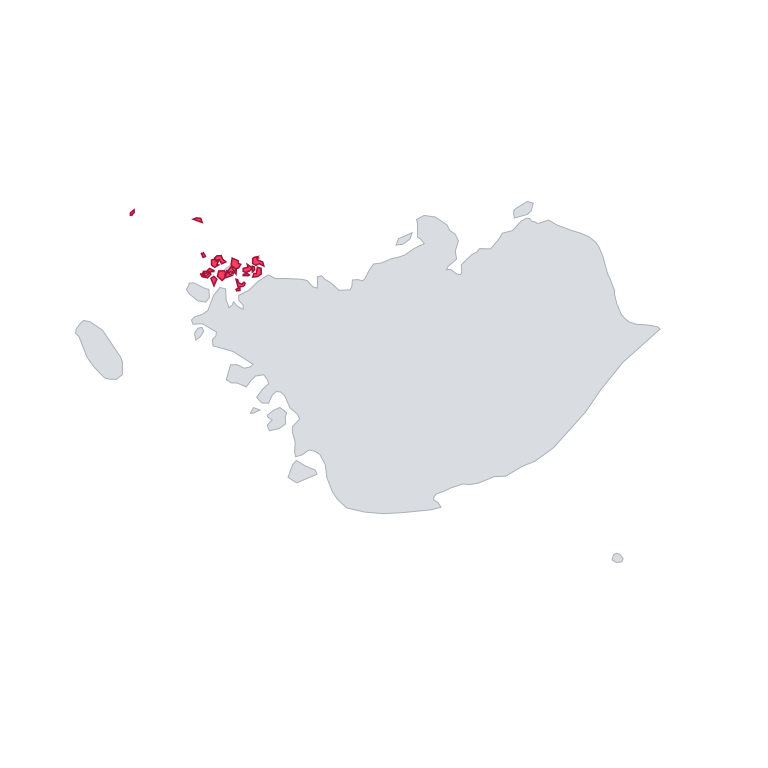 Sinan-gun, South Jeolla, South Korea shown in context, rotated 73°
{"feature_id": "91817680B46467557111645", "entity_name": "Sinan-gun", "entity_type": "district", "adm_level": 2, "iso_a3": "KOR", "parent_name": "South Korea", "parent_adm1": "South Jeolla", "projection": "orthographic", "projection_center": [125.994, 34.593], "detail": "medium", "context": "in_parent", "style": "filled", "palette": "rose", "viewbox_px": 768, "rotation_deg": 73, "n_neighbors": 0, "source": "geoboundaries", "source_scale": "gbopen_adm2", "svg_char_len": 5167}
<svg xmlns="http://www.w3.org/2000/svg" viewBox="0 0 768 768"><g transform="rotate(73 384 384)"><path d="M272.8,192.5L275.3,190.5L275.5,187.7L275.4,178.6L282.5,172.2L292.5,159.0L297.3,151.8L302.9,145.1L309.4,140.6L315.7,138.4L325.8,137.4L345.1,137.9L348.8,137.1L362.2,136.2L365.4,137.3L375.2,137.9L386.0,136.9L391.4,134.8L396.3,131.4L400.6,125.4L404.8,114.3L409.4,105.6L412.2,103.9L433.2,149.4L453.0,178.6L469.8,199.6L494.4,240.3L502.0,262.2L503.1,275.9L507.7,294.7L504.8,305.6L506.4,322.7L505.2,331.5L502.6,338.0L502.9,350.4L504.0,357.0L504.4,365.8L506.4,369.2L509.2,370.4L513.3,367.0L518.5,365.5L518.0,376.1L512.6,403.1L507.7,422.8L500.8,440.0L491.6,455.9L480.3,462.3L472.2,464.8L456.7,466.0L443.8,463.7L432.7,465.9L428.4,469.3L425.2,474.9L427.8,483.4L427.7,489.8L422.9,489.4L413.4,485.9L403.0,485.7L398.0,483.9L392.9,474.9L387.9,475.4L379.3,480.9L366.0,482.4L361.3,485.4L359.7,489.2L361.8,493.9L368.6,500.0L366.4,506.4L359.5,509.7L353.7,502.0L350.0,494.4L346.1,494.1L340.0,496.3L338.8,504.6L341.8,510.2L346.6,516.6L340.1,524.2L338.4,529.6L333.7,533.5L320.8,525.1L322.5,519.0L328.0,513.1L328.6,507.1L326.8,503.5L308.6,519.0L297.5,536.4L291.4,535.2L288.9,530.7L285.3,529.0L273.2,540.2L271.0,549.1L266.5,549.4L264.5,545.7L264.3,537.7L262.2,530.9L249.5,521.1L243.7,512.6L246.8,507.7L257.3,510.3L265.7,509.9L264.0,505.9L261.3,503.9L266.8,501.6L271.4,496.9L267.6,495.6L261.7,498.4L256.8,497.1L254.9,485.8L248.9,474.2L245.8,463.0L251.6,456.6L254.5,446.5L259.9,431.9L262.6,427.2L270.1,423.8L272.7,420.0L268.6,418.1L262.0,416.4L262.1,412.2L266.6,409.9L271.6,405.3L281.2,399.6L284.1,388.9L281.3,386.3L275.3,383.8L276.6,378.4L279.0,374.3L278.1,371.9L270.9,365.0L266.2,358.8L267.5,351.6L266.4,340.7L267.0,331.6L266.7,326.7L263.2,315.6L261.5,304.5L257.0,306.1L253.4,308.9L240.3,305.0L236.2,304.8L234.5,296.5L239.2,286.3L250.2,277.3L256.5,276.2L261.3,272.2L268.8,270.9L277.8,277.0L285.8,278.1L290.4,288.6L293.1,290.8L293.7,286.9L300.1,282.3L301.7,278.9L300.2,277.1L292.7,275.3L285.9,262.2L284.9,256.6L282.5,252.9L286.0,242.5L278.2,230.6L274.4,226.9L274.9,216.2L270.8,209.4L268.6,205.7L267.1,199.3L268.3,196.3L271.8,195.2L272.8,192.5ZM249.4,661.8L245.6,664.1L242.0,662.7L241.0,661.7L236.7,655.8L235.5,652.7L238.4,647.0L250.3,637.4L281.0,628.1L286.5,627.7L298.6,631.5L301.3,638.8L299.1,645.1L296.4,649.4L282.3,656.7L271.4,660.2L249.4,661.8ZM453.0,496.5L445.2,503.1L434.2,494.8L431.5,490.2L439.5,483.1L446.2,475.0L450.7,474.4L453.0,496.5ZM395.9,497.1L395.2,507.2L389.2,507.8L385.5,501.4L381.8,504.7L379.8,504.8L376.7,496.7L376.0,490.4L383.0,485.5L387.3,488.3L393.4,489.7L395.9,497.1ZM241.1,543.7L235.7,545.3L232.6,541.8L230.5,540.8L231.7,536.2L240.5,527.0L242.3,523.9L250.4,525.7L253.5,530.6L249.8,538.0L241.1,543.7ZM263.7,197.2L263.4,210.8L258.8,210.2L255.8,208.9L254.5,206.2L251.3,193.6L254.7,188.4L261.4,192.5L263.7,197.2ZM235.8,506.6L234.7,509.1L231.0,508.4L227.2,501.3L225.7,495.7L221.9,492.6L227.9,487.7L235.5,496.5L235.8,506.6ZM255.8,325.2L254.7,331.9L249.2,327.5L247.6,312.9L253.2,317.1L255.8,325.2ZM622.5,214.1L618.9,217.3L614.4,214.4L613.7,211.2L615.8,208.3L621.1,206.4L623.7,208.7L622.5,214.1ZM285.3,546.2L286.8,551.1L279.9,550.3L276.2,545.6L276.7,541.5L280.8,540.9L285.3,546.2ZM373.7,517.2L372.8,520.4L368.4,515.7L372.6,510.3L373.7,517.2Z" fill="#d9dde1" stroke="#a8b0b8" stroke-width="1"/><path d="M232.8,504.3L232.1,502.6L229.0,503.7L227.6,509.0L232.3,511.8L237.7,508.6L235.9,504.9L232.8,504.3ZM230.5,489.1L227.7,486.0L226.1,488.0L223.4,487.5L219.2,492.4L224.8,495.2L226.9,494.9L230.3,492.5L230.5,489.1ZM232.4,468.3L236.0,464.4L231.9,464.3L228.5,468.5L227.0,468.7L226.8,467.4L226.0,468.6L225.3,467.4L224.9,471.2L225.7,472.9L230.4,474.4L233.1,471.7L232.4,468.3ZM242.8,469.1L237.5,467.7L235.2,470.9L241.3,474.0L240.1,476.0L243.4,478.3L244.3,473.4L242.8,469.1ZM221.6,504.1L221.0,499.5L217.3,501.9L213.6,502.1L212.6,506.4L214.0,509.1L216.8,508.1L216.9,505.2L221.6,504.1ZM248.9,488.7L247.0,487.4L245.7,488.1L247.0,490.9L244.8,493.3L241.4,493.5L240.5,494.9L249.9,495.3L250.2,497.8L251.8,497.7L252.5,494.4L248.8,493.4L249.4,491.0L248.9,488.7ZM220.9,509.0L218.3,506.6L217.5,508.6L215.0,509.5L215.0,512.7L219.9,514.2L222.9,511.8L221.8,507.3L220.9,509.0ZM236.7,479.7L235.1,476.9L233.6,476.7L229.5,479.8L232.5,480.0L232.3,484.9L235.1,485.8L236.9,483.7L236.7,479.7ZM235.5,493.4L231.3,491.8L231.7,494.5L226.8,495.6L230.5,500.4L231.8,499.9L232.3,496.3L233.8,497.1L234.5,496.0L232.9,494.0L235.5,493.4ZM240.4,517.9L234.9,513.2L231.3,515.2L232.4,518.6L240.4,517.9ZM228.2,526.6L230.9,521.7L228.4,517.5L226.3,517.4L228.5,522.6L227.6,524.3L224.2,524.9L226.9,525.7L224.5,527.3L228.2,526.6ZM226.5,523.1L225.4,518.4L226.7,513.9L225.8,513.4L222.5,517.0L224.3,520.7L223.5,523.7L226.5,523.1ZM236.0,504.2L235.8,497.6L232.0,500.7L228.9,501.2L232.2,502.1L234.0,504.1L236.0,504.2ZM176.4,510.6L172.0,510.8L170.3,514.8L170.6,518.3L176.4,510.6ZM234.1,473.8L232.8,475.5L238.4,477.2L237.1,474.2L234.1,473.8ZM148.4,577.2L148.9,575.8L146.8,572.7L144.3,572.1L146.3,576.6L148.4,577.2ZM210.0,520.1L209.9,517.5L208.9,517.5L205.6,518.4L206.7,520.0L205.1,520.6L210.0,520.1ZM239.2,487.0L240.7,482.3L240.4,480.8L238.3,482.4L238.0,486.5L239.2,487.0Z" fill="#f43f5e" stroke="#9f1239" stroke-width="1.5"/></g></svg>